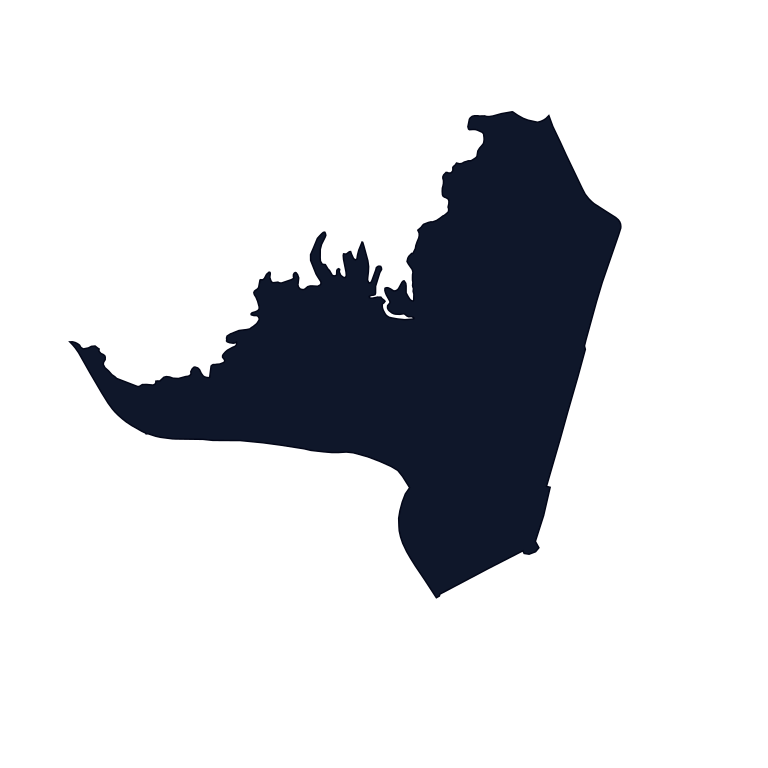 outline of Minshat Nasir, Al Qahirah, Egypt, rotated 159°
{"feature_id": "37247803B62139513677683", "entity_name": "Minshat Nasir", "entity_type": "district", "adm_level": 2, "iso_a3": "EGY", "parent_name": "Egypt", "parent_adm1": "Al Qahirah", "projection": "orthographic", "projection_center": [31.288, 30.043], "detail": "fine", "context": "isolated", "style": "filled", "palette": "ink", "viewbox_px": 768, "rotation_deg": 159, "n_neighbors": 0, "source": "geoboundaries", "source_scale": "gbopen_adm2", "svg_char_len": 6171}
<svg xmlns="http://www.w3.org/2000/svg" viewBox="0 0 768 768"><g transform="rotate(159 384 384)"><path d="M128.9,495.6L131.9,533.1L132.7,546.2L134.1,564.0L133.9,575.5L137.7,573.8L140.4,573.2L143.2,573.0L146.8,573.3L155.0,578.7L158.9,582.2L162.9,587.0L166.2,591.8L166.7,592.2L177.4,594.3L186.5,595.2L190.1,596.0L192.4,597.0L193.9,598.2L199.2,600.1L200.2,600.8L203.4,602.0L205.7,602.3L208.0,601.6L209.4,600.6L213.5,594.1L213.7,591.7L213.1,590.8L209.6,589.7L207.3,588.7L205.8,587.5L202.1,583.8L201.4,581.9L202.3,578.2L203.0,576.2L204.3,573.8L205.5,572.5L210.3,569.9L212.9,567.9L215.7,563.1L217.3,562.3L221.5,561.4L222.9,561.3L225.5,562.2L227.1,562.2L229.0,562.4L229.9,562.4L232.0,562.0L234.5,562.5L237.1,564.3L239.1,562.9L241.2,562.2L242.1,561.6L243.2,558.7L244.4,557.7L246.0,557.1L248.1,557.8L249.0,558.7L250.2,559.3L253.4,557.8L254.7,556.5L255.3,555.1L255.6,552.5L256.7,549.8L257.9,547.9L259.3,546.0L260.6,543.0L261.6,539.8L261.6,538.4L260.7,536.9L259.2,535.6L257.8,533.7L257.8,531.6L258.8,529.2L260.8,526.2L260.9,524.3L261.7,522.5L262.4,521.6L264.6,520.7L267.4,519.8L268.7,519.8L272.4,518.7L276.4,517.8L280.6,517.9L282.2,518.6L284.7,518.9L289.8,518.9L291.1,518.3L293.3,516.9L297.3,515.5L297.1,512.4L297.9,510.0L299.2,507.9L302.0,505.0L304.6,501.9L306.2,499.2L310.2,495.5L311.4,496.0L315.1,494.3L316.7,492.9L318.6,490.1L318.2,487.2L316.6,480.8L316.9,478.0L318.2,475.8L319.3,473.1L320.2,470.7L320.6,468.6L322.1,465.6L322.3,464.1L322.3,462.6L323.6,460.1L323.9,457.2L326.3,451.5L327.3,451.0L328.4,451.9L329.4,453.4L330.2,457.1L330.7,461.2L328.2,467.7L327.6,470.2L328.2,473.0L329.0,473.3L330.8,472.5L335.8,468.2L337.2,467.3L338.9,466.9L340.0,466.9L341.6,467.4L343.8,470.4L345.4,472.1L346.3,472.7L347.5,473.1L348.8,473.0L349.7,470.9L349.9,468.7L349.9,466.4L349.0,460.1L348.9,459.2L349.1,458.1L349.8,457.4L352.5,455.9L353.2,454.5L353.5,453.4L353.4,451.9L353.0,450.7L351.2,447.6L349.6,446.0L348.4,445.2L344.4,443.4L340.3,442.5L339.6,441.8L338.1,439.1L336.8,437.9L334.2,437.1L332.5,435.4L332.7,434.3L334.6,434.5L341.6,436.6L348.1,439.9L353.2,443.0L355.5,444.6L357.2,447.1L357.8,449.1L358.3,453.1L358.2,455.4L357.8,457.1L357.5,457.7L357.3,458.7L356.3,459.5L355.2,459.7L353.4,460.8L353.7,461.9L355.3,464.5L355.8,466.2L358.0,467.0L358.9,467.5L360.8,467.7L364.0,468.3L365.7,468.9L366.6,469.8L366.4,471.1L364.1,471.3L361.8,470.7L360.3,470.7L359.3,471.9L356.8,478.3L348.0,489.5L345.2,491.8L344.8,493.2L344.9,494.9L345.7,495.5L347.1,496.0L348.3,495.8L349.5,495.3L350.8,493.4L358.3,484.8L360.0,483.4L361.9,483.7L362.1,486.9L361.1,489.1L358.4,494.3L356.3,499.1L354.9,504.8L353.4,519.5L353.1,523.9L353.6,524.4L359.6,518.0L362.5,513.9L364.5,510.4L366.3,510.1L367.5,512.1L367.8,516.7L367.7,519.6L368.9,519.9L372.7,518.8L375.1,520.0L376.0,518.6L377.1,514.9L379.3,502.2L380.3,498.8L381.8,497.2L383.6,498.0L385.4,500.9L385.6,504.6L384.3,506.9L385.0,507.9L386.5,507.7L387.5,506.7L389.2,502.7L391.2,502.5L393.3,503.8L394.2,509.5L395.1,511.5L396.0,516.5L398.7,517.9L399.3,521.5L398.3,524.8L395.2,532.6L392.2,536.8L386.3,542.2L385.0,543.7L384.7,545.8L384.9,547.0L386.3,547.3L388.3,546.6L391.1,545.3L394.0,543.8L401.2,536.2L406.2,531.1L408.2,525.7L408.0,511.0L407.5,508.1L406.3,502.3L406.6,500.9L407.1,500.0L408.2,499.3L410.9,499.0L415.7,501.2L417.9,502.0L420.4,502.2L423.5,501.1L424.8,500.9L425.9,501.2L427.2,502.0L428.1,502.6L429.0,504.8L429.0,505.8L428.8,507.7L428.3,508.4L425.6,513.6L425.5,517.1L426.2,519.4L426.9,519.9L428.2,519.6L429.4,518.5L430.1,516.7L430.3,515.3L431.0,514.9L433.2,514.6L443.6,515.0L445.4,515.9L446.5,517.1L450.9,518.2L452.0,518.8L452.6,520.9L452.4,524.5L450.8,527.4L450.4,528.4L450.6,529.3L451.3,529.6L454.3,528.5L457.7,525.5L459.1,524.9L460.2,524.8L461.8,525.6L462.5,525.5L466.4,519.1L467.6,518.3L468.7,517.9L470.2,517.6L471.7,517.1L472.8,515.9L473.0,513.9L472.4,510.9L472.3,506.6L472.9,500.7L473.7,498.8L475.5,497.7L478.2,497.5L481.6,497.8L483.1,497.0L483.1,496.1L480.9,494.5L478.2,493.4L477.3,492.3L477.0,490.2L477.4,488.9L478.0,488.3L480.5,486.4L481.9,485.7L486.1,484.4L487.5,484.2L489.5,483.5L492.6,484.0L500.2,485.9L509.3,485.8L513.3,485.0L514.6,483.3L514.7,482.3L515.6,480.6L515.2,479.5L513.2,477.8L510.1,476.1L508.6,475.8L506.7,475.9L507.0,474.6L507.7,473.6L508.6,472.9L510.0,472.5L512.1,472.5L518.0,471.7L520.5,470.8L523.2,469.4L524.4,468.5L525.1,467.0L524.8,465.6L524.3,464.1L524.3,462.9L525.0,462.0L526.0,461.5L530.3,461.5L533.2,462.4L534.8,462.7L536.6,463.4L538.2,463.1L539.0,462.7L544.3,452.8L545.3,452.7L547.3,453.7L549.1,455.1L550.0,456.5L550.8,459.5L551.1,463.5L552.1,465.7L554.4,467.6L555.4,467.8L557.6,466.9L560.0,464.7L560.3,463.2L560.8,462.4L562.1,461.6L563.9,461.4L566.3,462.0L573.9,462.8L578.9,465.0L581.5,467.3L584.5,468.9L587.1,469.2L592.3,467.1L594.3,468.0L596.0,468.4L596.3,467.4L597.6,466.0L599.9,465.7L605.5,468.5L609.8,470.1L613.4,469.4L615.0,470.0L631.6,485.0L632.7,487.3L634.7,490.2L636.4,494.8L638.7,499.3L639.1,503.0L637.8,505.0L635.6,506.6L634.6,509.0L634.6,510.6L635.7,512.3L637.3,513.9L638.3,516.5L638.0,517.8L637.4,518.8L638.4,520.1L640.1,523.0L643.7,524.0L647.0,523.6L652.2,524.5L653.9,526.8L654.3,529.4L655.6,531.4L657.3,533.3L659.6,535.0L662.2,535.9L660.6,532.1L659.3,528.3L657.9,522.7L654.6,500.5L650.7,476.8L648.4,464.9L646.5,458.0L645.1,454.1L643.2,449.9L640.6,445.0L638.1,440.8L634.3,435.5L626.9,426.5L624.3,423.8L624.0,422.7L622.1,422.1L615.8,417.0L611.7,414.3L601.3,408.7L598.1,407.3L572.8,397.2L564.0,392.7L538.4,382.7L518.0,372.5L502.6,364.1L481.7,352.1L476.0,348.2L464.6,342.3L457.2,338.7L451.2,336.4L443.6,334.0L437.3,330.8L425.4,322.0L416.0,313.6L407.0,304.6L402.1,298.4L399.8,291.1L397.2,278.0L403.5,273.7L409.3,267.2L414.6,259.9L418.4,253.4L421.2,245.3L422.4,241.4L423.3,235.4L423.6,228.6L422.9,219.4L421.7,211.9L419.9,202.7L416.4,187.6L411.7,165.7L408.3,166.2L407.1,167.8L353.2,174.3L314.1,178.5L313.9,175.6L309.5,173.1L302.6,173.1L298.1,175.6L299.1,182.8L282.1,204.0L265.9,228.0L269.0,230.2L239.2,269.5L222.0,292.7L200.4,321.3L183.6,344.2L183.2,347.7L179.8,352.6L155.9,385.0L143.8,400.7L111.4,439.3L107.1,444.7L106.4,446.3L105.8,448.6L105.8,450.9L106.4,453.3L108.1,456.5L114.8,465.5L123.3,477.1L124.7,479.7L126.5,483.7L127.8,487.9L128.2,489.3L128.9,495.6Z" fill="#0f172a" stroke="#020617" stroke-width="1.5"/></g></svg>